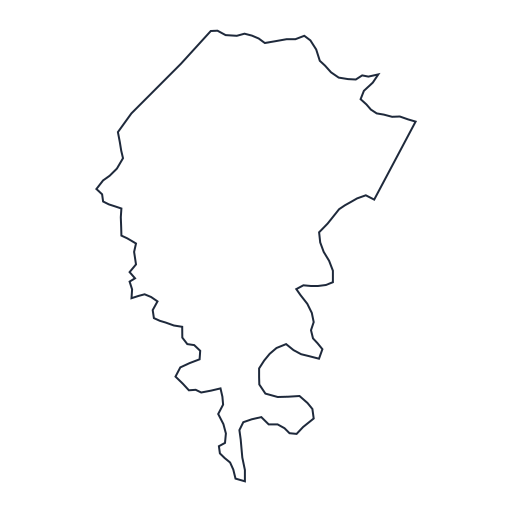 Frei Rogério, Santa Catarina, Brazil (Robinson projection)
{"feature_id": "56859067B51954921272382", "entity_name": "Frei Rogério", "entity_type": "district", "adm_level": 2, "iso_a3": "BRA", "parent_name": "Brazil", "parent_adm1": "Santa Catarina", "projection": "robinson", "projection_center": [-50.763, -27.212], "detail": "fine", "context": "isolated", "style": "outline", "palette": "slate", "viewbox_px": 512, "rotation_deg": 0, "n_neighbors": 0, "source": "geoboundaries", "source_scale": "gbopen_adm2", "svg_char_len": 1995}
<svg xmlns="http://www.w3.org/2000/svg" viewBox="0 0 512 512"><path d="M244.9,481.3L244.9,470.0L242.3,457.5L241.3,446.4L240.7,439.5L239.4,430.1L243.3,422.2L251.7,419.3L261.3,417.1L268.7,424.4L277.6,424.4L284.5,428.2L289.5,433.2L296.6,433.9L303.1,427.0L313.7,418.5L312.4,409.0L307.5,403.0L299.5,396.0L288.4,396.7L277.7,397.0L265.4,393.6L259.3,384.5L259.1,377.1L259.1,368.4L264.2,360.5L269.7,353.8L276.5,348.0L286.1,344.1L293.5,350.1L301.1,354.2L308.9,356.1L319.0,358.7L322.4,349.2L317.5,343.2L313.0,338.4L311.0,330.2L313.7,322.1L311.8,312.9L307.3,303.8L300.5,295.1L296.3,289.1L303.4,285.3L311.0,286.0L317.9,286.0L325.9,285.0L332.9,282.2L332.9,270.7L329.1,260.8L323.7,251.9L320.2,242.4L319.1,232.3L327.6,223.6L333.6,216.1L339.1,209.2L344.9,205.3L351.0,201.9L357.1,198.4L365.8,195.3L374.2,199.6L415.6,121.6L408.1,119.4L399.8,116.5L392.1,116.8L383.8,114.6L376.7,113.4L370.9,109.6L366.4,104.4L360.6,99.2L363.9,90.8L372.8,82.6L378.3,74.4L368.4,76.6L362.2,75.4L355.8,79.5L348.0,79.1L338.7,77.6L331.0,72.3L325.0,65.6L319.8,60.8L316.2,49.5L310.4,40.4L304.3,35.8L295.4,39.2L286.6,39.2L274.8,41.3L264.8,43.0L258.7,38.5L251.9,35.6L244.5,33.7L236.8,35.8L225.6,35.1L217.5,30.7L210.8,31.0L180.9,63.8L131.4,113.4L117.9,132.1L119.8,142.0L121.2,150.6L123.0,158.2L116.9,168.6L109.6,175.8L103.1,180.4L96.4,189.0L102.1,194.3L103.1,201.5L108.9,204.4L114.8,206.3L121.4,208.5L120.8,217.2L121.2,227.9L121.4,235.6L127.2,238.3L136.0,243.5L134.1,251.9L136.0,264.4L129.6,272.1L135.0,278.3L129.6,281.6L132.1,289.4L131.5,298.2L138.6,295.9L144.6,294.3L151.1,297.0L157.5,301.4L152.7,310.1L153.9,318.1L159.8,320.8L165.5,322.5L173.9,325.5L182.2,326.8L182.3,337.6L187.3,344.1L194.2,345.1L200.2,350.8L199.6,359.3L189.6,363.1L180.3,367.4L175.5,376.6L182.9,383.8L188.9,390.3L195.7,389.8L201.2,392.5L211.2,390.6L220.5,388.4L222.4,396.7L223.1,404.6L218.2,414.0L223.4,424.1L225.9,433.5L225.0,442.9L218.9,446.2L219.9,453.4L224.6,458.0L230.1,462.5L233.3,469.6L235.5,478.6L244.9,481.3Z" fill="none" stroke="#1e293b" stroke-width="2"/></svg>